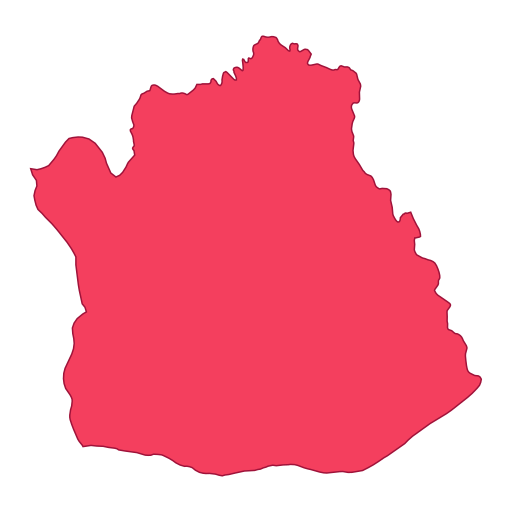 Adi Tekeliezan, Anseba, Eritrea, rotated 180°
{"feature_id": "51966322B26692993849308", "entity_name": "Adi Tekeliezan", "entity_type": "district", "adm_level": 2, "iso_a3": "ERI", "parent_name": "Eritrea", "parent_adm1": "Anseba", "projection": "natural_earth1", "projection_center": [38.763, 15.608], "detail": "fine", "context": "isolated", "style": "filled", "palette": "rose", "viewbox_px": 512, "rotation_deg": 180, "n_neighbors": 0, "source": "geoboundaries", "source_scale": "gbopen_adm2", "svg_char_len": 6005}
<svg xmlns="http://www.w3.org/2000/svg" viewBox="0 0 512 512"><g transform="rotate(180 256 256)"><path d="M429.0,65.4L421.0,66.6L415.5,66.0L408.8,65.7L403.5,64.6L397.1,63.8L394.9,63.2L393.3,62.1L386.8,61.0L375.1,59.4L366.8,56.9L363.9,56.7L361.1,56.8L358.5,57.8L354.4,57.6L350.5,57.2L348.9,56.6L343.3,53.9L339.0,51.3L336.2,49.2L331.9,47.0L327.5,45.7L325.2,45.8L322.4,45.3L319.8,44.4L316.6,41.8L312.6,39.7L309.0,38.8L306.1,38.5L302.5,38.6L296.6,37.9L292.9,36.8L289.7,36.2L287.1,37.0L283.2,37.5L276.8,39.0L267.6,41.0L257.3,41.6L254.2,42.5L251.6,42.9L248.6,44.2L246.0,44.9L244.0,45.8L239.3,46.8L235.7,46.3L228.9,47.1L223.7,47.3L221.6,47.6L217.4,47.4L214.2,46.6L207.8,44.2L204.3,43.2L201.2,42.5L192.4,40.0L188.4,39.2L185.3,39.0L172.4,40.4L169.1,40.5L163.9,39.6L160.2,39.7L156.4,40.3L149.4,41.5L143.9,44.3L138.7,47.2L133.4,50.6L128.2,54.2L124.7,56.2L117.0,61.6L107.3,68.4L103.9,71.9L99.5,75.8L82.0,88.4L65.5,98.4L60.4,102.0L44.2,114.8L39.8,118.7L34.8,123.9L32.5,126.7L31.3,129.7L30.7,132.8L31.8,134.8L32.6,135.5L33.7,136.1L37.3,136.5L42.0,138.8L43.1,139.7L43.9,140.7L44.5,141.9L45.0,143.7L45.5,146.2L46.2,151.6L46.6,156.1L46.5,158.3L45.1,163.6L45.1,164.6L45.7,166.4L48.7,171.3L49.6,173.5L50.4,174.9L51.6,176.3L53.3,177.5L54.5,178.1L56.6,178.4L57.3,178.7L60.3,181.3L63.4,182.4L64.1,183.1L64.5,184.3L64.4,188.3L64.9,190.9L64.8,195.2L65.0,200.1L64.8,201.5L62.3,204.9L61.8,205.9L61.5,206.9L61.7,207.7L62.4,208.6L64.4,210.1L74.3,216.9L75.9,218.6L77.5,221.4L77.2,222.5L74.1,226.9L73.6,228.2L73.6,230.6L73.4,231.9L72.4,233.5L72.2,234.5L72.3,236.6L73.0,239.8L74.1,243.0L75.5,246.3L77.2,249.0L79.0,250.4L81.3,251.5L84.0,252.2L87.1,253.4L89.5,254.0L95.2,257.1L95.9,258.0L97.2,260.5L97.7,262.2L97.3,267.5L97.7,271.5L97.2,274.1L96.3,274.1L92.4,275.0L91.5,275.6L91.6,277.6L92.3,280.7L93.2,283.1L95.3,286.7L98.7,293.4L101.3,299.8L105.2,298.6L105.9,299.0L106.9,298.9L107.6,298.1L108.7,297.9L111.6,294.4L111.7,293.2L112.0,291.4L112.8,290.3L114.0,289.9L115.1,290.6L116.3,292.0L117.4,293.8L118.7,296.3L119.2,297.9L119.8,304.7L121.4,311.6L121.0,317.6L121.4,319.9L121.7,320.9L122.3,321.5L123.2,322.3L125.2,323.3L129.8,323.6L132.4,323.1L133.2,323.4L135.6,325.1L136.3,326.1L136.8,327.1L138.5,332.2L139.8,334.6L141.1,336.0L145.2,337.6L146.7,338.7L147.8,340.2L149.2,341.6L152.8,347.7L156.8,353.4L158.0,355.6L158.6,357.7L159.0,361.6L158.2,368.3L158.2,369.2L158.8,371.5L158.3,375.3L158.5,376.4L160.1,380.5L160.4,382.2L160.5,383.5L159.8,388.3L159.2,390.5L157.7,393.8L157.4,394.9L157.4,395.9L160.3,403.0L160.6,404.2L160.6,405.4L160.5,406.4L159.9,407.6L158.8,408.9L157.7,409.2L155.0,409.0L153.9,409.5L153.2,410.3L152.7,411.3L152.4,412.8L152.6,419.9L151.3,425.8L151.5,427.3L151.7,428.1L154.1,432.6L155.4,437.9L156.0,438.9L159.2,441.4L161.0,442.0L161.6,442.6L162.6,444.1L163.3,444.6L164.8,445.1L167.4,445.0L170.8,446.2L171.9,445.9L172.8,444.9L174.1,442.7L175.0,442.3L176.8,442.5L178.0,442.0L179.0,441.9L180.2,442.1L182.1,442.8L185.5,444.4L190.8,446.4L194.2,448.0L195.2,448.0L200.9,446.8L202.3,446.8L203.4,447.0L204.2,447.9L204.5,448.7L204.3,450.1L202.0,454.5L201.8,455.4L200.8,457.9L203.6,461.6L204.6,462.4L206.9,462.8L207.9,462.5L211.4,460.5L212.5,460.3L213.6,461.2L214.3,462.1L214.4,463.7L214.1,465.3L214.0,466.4L214.6,467.9L215.9,468.3L217.7,468.1L219.6,468.7L220.4,468.3L221.1,467.8L221.7,466.8L222.2,465.3L222.3,464.1L221.9,462.0L222.3,460.9L223.6,461.3L226.7,464.3L230.7,466.9L232.1,468.1L232.8,468.9L233.9,470.6L234.5,472.4L235.3,473.7L236.0,474.5L238.5,475.3L240.4,475.4L243.0,474.8L244.9,474.8L246.8,475.2L248.2,475.7L249.4,475.8L250.2,475.5L250.8,474.6L251.7,472.2L252.4,471.8L253.4,469.6L254.2,468.6L257.3,467.1L258.1,466.5L258.5,465.8L259.0,464.0L259.1,462.8L259.0,461.0L258.3,458.9L258.4,457.1L259.6,454.5L260.4,453.6L261.2,453.3L263.2,454.0L263.7,453.4L263.8,450.3L264.4,449.6L266.2,449.5L267.0,450.3L268.3,452.6L269.3,452.9L269.6,451.8L269.2,448.9L268.8,444.5L268.9,442.4L269.1,441.6L269.5,441.3L270.1,441.5L272.8,443.8L273.8,444.4L274.7,444.7L275.8,444.7L277.0,444.4L278.0,443.9L278.5,443.0L278.7,442.1L278.0,440.7L278.0,439.6L276.3,436.0L275.6,433.8L275.6,432.1L276.7,431.9L277.4,432.1L278.3,432.8L284.9,439.5L286.2,440.4L288.2,439.4L288.6,438.7L289.4,435.9L290.0,432.2L289.9,430.2L290.2,428.7L290.9,427.2L291.8,426.4L292.6,426.6L293.7,427.3L294.5,428.1L296.0,430.8L298.6,433.4L299.7,433.2L300.5,432.6L301.0,431.6L301.0,430.5L301.5,429.3L302.2,428.4L303.7,428.1L309.6,428.1L311.4,427.6L315.1,427.6L316.8,424.0L318.6,422.0L323.9,417.8L324.8,417.4L325.6,417.5L327.2,418.4L329.3,419.0L330.8,419.0L332.6,418.4L334.0,418.5L337.3,418.0L339.1,417.9L342.4,418.2L344.3,418.9L347.5,420.7L354.4,425.8L356.0,426.6L357.2,427.0L358.5,427.0L359.3,426.8L360.1,426.5L360.7,425.8L361.3,424.2L361.9,422.0L362.3,421.3L364.9,420.8L368.0,418.8L370.1,418.0L371.0,417.1L371.9,414.3L372.6,412.8L375.3,408.7L377.8,405.8L380.2,396.4L380.4,394.1L379.3,390.2L378.1,387.1L378.2,385.8L378.7,384.4L379.5,383.4L380.9,383.1L381.7,382.2L381.6,381.0L380.0,377.8L379.3,376.1L378.9,374.4L378.5,371.9L378.5,370.8L377.8,367.4L377.8,366.2L379.0,364.7L379.4,363.8L379.1,362.7L378.0,361.4L377.3,356.9L383.6,349.8L384.4,348.4L386.0,344.9L389.3,339.7L392.3,336.7L396.1,335.0L401.2,339.0L405.5,348.7L406.9,353.8L409.7,359.7L416.8,368.7L423.0,373.0L429.5,374.8L433.8,375.0L439.2,374.4L443.0,373.5L446.5,369.9L453.0,360.9L455.6,356.1L458.0,352.7L463.3,346.4L466.9,344.7L471.2,343.2L475.0,342.3L481.3,343.3L479.4,337.2L475.6,331.6L475.1,326.0L476.9,321.5L478.0,316.3L477.2,311.9L475.9,306.8L474.0,302.5L469.9,298.6L466.6,294.8L460.1,288.3L455.0,282.4L444.9,269.7L440.5,263.2L438.1,259.0L436.1,255.1L436.1,247.1L433.6,227.1L432.7,221.7L429.8,208.2L427.0,204.7L425.6,200.1L429.2,198.0L434.8,193.4L437.9,188.9L439.6,184.0L439.2,178.4L438.2,173.3L437.8,168.5L438.5,163.2L440.2,158.0L446.9,143.7L448.2,138.7L448.5,133.3L447.9,128.4L446.3,123.5L442.0,117.3L440.7,114.9L439.9,112.7L439.8,110.8L440.3,106.1L441.4,102.3L442.2,96.9L442.2,94.7L441.8,92.3L440.3,87.7L438.4,82.7L434.2,72.9L432.8,70.6L429.6,66.6L429.0,65.4Z" fill="#f43f5e" stroke="#9f1239" stroke-width="1.5"/></g></svg>